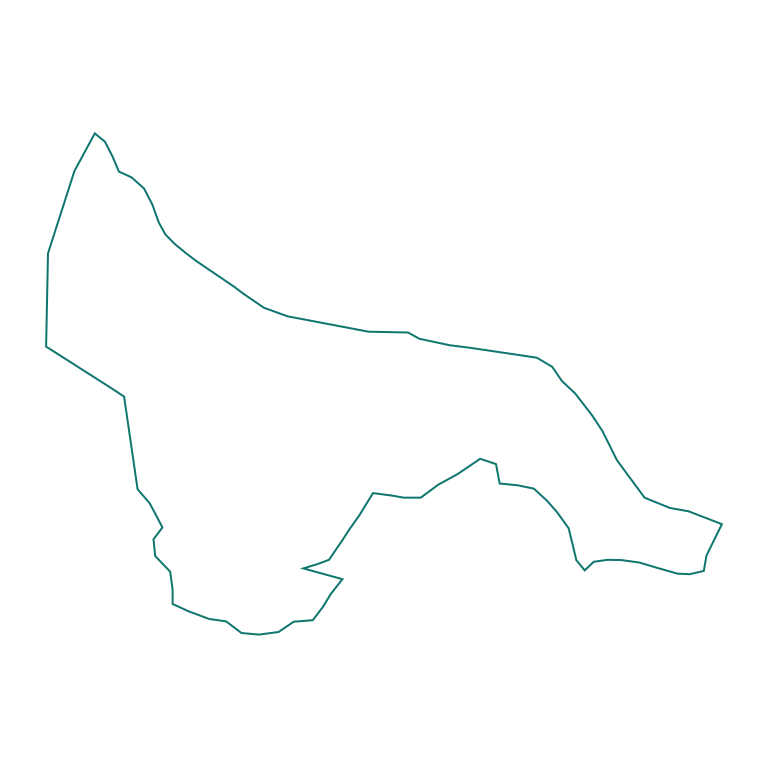 Propriá, Sergipe, Brazil (Albers equal-area conic projection)
{"feature_id": "56859067B53769689162017", "entity_name": "Propriá", "entity_type": "district", "adm_level": 2, "iso_a3": "BRA", "parent_name": "Brazil", "parent_adm1": "Sergipe", "projection": "albers", "projection_center": [-36.788, -10.237], "detail": "fine", "context": "isolated", "style": "outline", "palette": "teal", "viewbox_px": 768, "rotation_deg": 0, "n_neighbors": 0, "source": "geoboundaries", "source_scale": "gbopen_adm2", "svg_char_len": 1215}
<svg xmlns="http://www.w3.org/2000/svg" viewBox="0 0 768 768"><path d="M644.6,497.7L617.0,460.3L602.4,431.0L591.7,414.8L575.0,393.3L561.9,381.0L552.2,366.8L536.8,357.7L467.2,347.4L450.0,345.3L419.4,338.8L408.0,332.5L368.5,331.7L287.4,316.3L263.8,307.7L243.9,294.1L234.5,287.0L208.9,269.6L196.2,261.0L186.0,253.2L175.1,244.3L165.4,234.5L158.7,222.3L152.2,204.2L144.0,188.5L131.6,177.4L118.9,171.6L112.4,156.2L105.0,141.8L94.8,133.4L74.4,171.1L48.0,253.4L46.1,346.6L111.2,388.1L124.1,396.6L137.6,489.3L149.5,503.0L156.7,516.4L162.4,527.5L153.5,539.3L155.2,556.0L170.2,571.7L172.6,589.6L172.6,604.0L188.6,611.3L208.9,618.9L226.1,621.4L241.5,633.0L258.9,634.6L278.5,632.0L293.7,621.7L312.8,620.2L323.0,606.8L330.7,594.1L342.4,579.2L303.4,568.4L316.8,564.3L329.0,559.8L342.1,540.6L349.3,529.5L359.5,515.1L373.0,493.1L392.1,495.6L404.0,497.7L420.7,497.7L438.1,484.8L458.2,473.7L480.1,458.8L496.0,464.1L499.7,483.5L517.6,485.3L533.8,488.6L547.2,500.9L557.4,512.6L568.6,528.2L572.5,543.9L576.3,560.1L584.7,570.4L593.7,561.8L607.6,559.8L621.7,560.1L639.6,562.6L657.3,567.9L677.7,573.7L689.8,574.2L703.8,570.9L706.5,555.5L721.9,524.2L688.6,511.3L670.0,508.0L644.6,497.7Z" fill="none" stroke="#0f766e" stroke-width="2"/></svg>